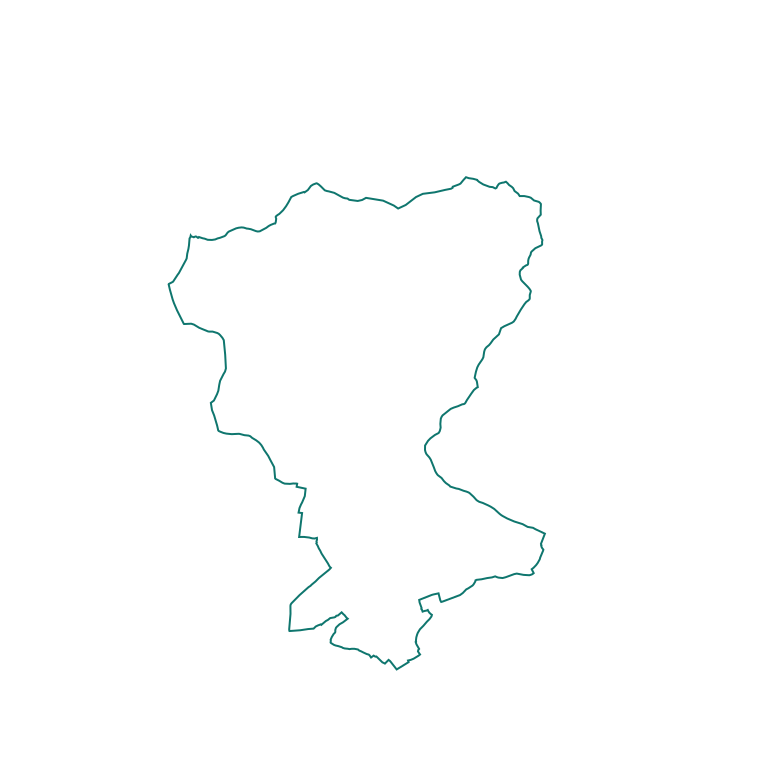 Camarasu, Cluj, Romania, rotated 317°
{"feature_id": "2599482B70650065954419", "entity_name": "Camarasu", "entity_type": "district", "adm_level": 2, "iso_a3": "ROU", "parent_name": "Romania", "parent_adm1": "Cluj", "projection": "mercator", "projection_center": [24.122, 46.788], "detail": "fine", "context": "isolated", "style": "outline", "palette": "teal", "viewbox_px": 768, "rotation_deg": 317, "n_neighbors": 0, "source": "geoboundaries", "source_scale": "gbopen_adm2", "svg_char_len": 6166}
<svg xmlns="http://www.w3.org/2000/svg" viewBox="0 0 768 768"><g transform="rotate(317 384 384)"><path d="M591.3,298.2L589.2,294.8L586.4,291.3L585.0,288.7L581.1,289.0L576.6,289.6L574.8,289.1L568.8,286.6L568.0,287.3L566.2,286.9L561.2,283.8L551.8,278.4L542.1,271.4L534.9,269.1L522.0,267.9L514.0,265.3L512.9,260.2L508.4,249.3L497.8,235.6L493.5,234.5L489.6,232.2L484.2,225.6L483.8,223.5L482.2,221.6L481.1,219.7L478.0,210.3L475.0,205.5L473.9,204.0L472.8,202.0L472.6,196.4L472.3,193.4L471.7,191.4L471.4,191.1L468.3,189.8L465.6,189.3L460.6,190.2L456.6,189.7L456.5,189.0L451.1,186.4L445.7,184.5L443.7,184.0L437.9,186.0L433.6,187.2L428.7,188.1L423.4,188.2L421.3,187.8L419.3,187.7L418.8,187.9L418.5,188.3L417.9,189.6L415.2,191.8L413.9,192.4L413.0,191.7L409.7,190.4L407.3,189.8L404.4,189.5L397.3,187.6L395.7,186.4L394.7,185.0L392.2,180.0L390.3,177.4L389.8,177.0L388.1,174.0L386.7,172.4L384.3,170.6L382.0,169.3L374.5,166.7L372.9,166.6L369.7,167.2L368.3,167.1L363.9,165.3L361.5,164.0L359.2,163.2L356.4,161.3L353.4,158.3L351.9,155.3L350.8,153.8L348.9,150.3L348.0,150.5L347.6,150.2L347.3,148.3L346.8,147.6L345.9,147.2L345.0,147.0L344.7,146.3L343.7,144.8L343.9,143.6L342.4,144.6L341.1,144.9L335.8,149.7L333.1,151.8L329.0,154.5L325.3,157.6L323.8,158.2L309.6,163.0L307.8,163.3L299.6,165.3L298.9,165.2L294.9,164.1L294.5,164.2L291.8,168.9L287.1,178.0L285.5,181.7L282.9,188.9L278.6,203.5L278.7,203.8L284.1,208.4L285.5,210.9L287.2,216.9L291.2,225.6L292.1,226.7L294.4,228.8L296.9,233.1L297.4,234.7L297.5,236.5L297.3,240.1L296.7,242.7L287.8,254.3L279.0,264.8L276.2,266.5L273.4,267.3L266.3,269.9L263.0,272.2L258.3,275.9L254.9,277.6L248.3,280.1L244.5,279.7L240.4,285.8L238.3,291.2L233.6,300.6L231.1,304.9L231.1,305.7L231.8,307.4L233.2,310.3L234.9,312.8L238.4,316.8L243.5,321.1L244.3,321.9L247.0,326.2L249.8,329.4L250.6,331.1L250.8,333.4L252.1,338.0L252.7,341.6L252.7,342.9L252.6,345.1L252.0,348.1L251.4,350.0L250.3,357.6L249.0,362.2L247.0,369.8L240.0,378.8L240.0,379.5L241.4,383.4L242.4,387.0L243.4,389.1L247.1,392.9L249.7,394.8L252.0,397.0L252.5,397.7L250.0,399.6L255.3,407.1L249.6,412.0L243.3,414.8L241.2,415.5L237.6,417.1L233.8,419.8L236.1,422.5L217.6,438.0L221.3,441.4L224.6,445.3L226.3,448.0L227.9,449.7L230.0,450.8L228.8,452.2L227.2,453.1L226.7,454.1L225.8,454.4L225.1,457.3L224.2,459.8L223.7,462.3L222.7,465.4L220.6,477.1L219.9,479.6L219.7,480.8L219.8,482.2L217.5,482.4L204.1,481.5L199.2,481.7L194.1,481.4L192.6,481.5L190.4,481.1L178.1,480.8L166.8,481.3L165.5,481.6L164.8,482.0L164.1,482.6L158.8,488.4L147.4,498.7L146.4,500.0L146.5,500.3L154.7,506.9L161.4,511.5L165.7,514.9L168.7,514.8L171.0,515.5L173.9,516.7L173.9,517.4L179.9,517.7L182.1,518.3L185.0,518.5L188.5,520.8L189.6,521.2L191.1,521.0L192.4,521.9L197.3,522.1L197.3,524.9L197.5,526.0L197.2,529.5L197.4,530.9L191.4,530.3L187.6,529.4L183.6,529.4L182.5,529.6L180.6,530.7L179.3,532.1L178.7,532.4L176.6,532.5L173.1,533.5L170.5,534.7L170.2,535.3L168.6,536.7L168.6,537.3L169.5,540.7L170.3,542.3L171.8,544.5L173.6,547.7L173.9,548.9L174.9,550.6L177.0,553.0L177.9,554.3L180.0,555.8L181.7,557.4L183.9,560.4L184.1,562.1L185.0,564.0L185.7,566.0L187.2,569.7L188.3,571.5L188.4,572.7L188.0,575.2L191.2,575.6L191.7,577.5L192.6,578.1L193.0,586.5L193.6,587.9L194.0,589.1L199.2,588.9L199.5,590.9L198.6,601.4L212.3,604.2L213.0,602.6L215.4,604.0L218.3,605.1L224.2,606.3L225.9,606.4L226.2,604.1L226.5,602.7L227.7,601.9L229.0,601.7L230.2,596.5L231.2,594.3L231.7,594.4L232.4,593.4L234.9,591.3L237.4,589.8L239.1,589.0L243.0,587.9L247.9,587.7L253.3,587.1L256.8,587.0L260.1,586.4L261.6,585.5L261.3,584.0L261.2,582.0L261.5,580.3L261.9,579.1L260.5,578.7L259.0,577.7L257.0,576.8L257.8,575.0L257.8,574.1L258.1,573.7L258.7,573.5L261.0,568.1L262.5,565.9L275.0,570.8L276.4,571.5L281.1,574.3L277.6,580.7L277.2,582.4L278.5,583.1L295.7,590.2L299.1,590.6L304.1,590.3L306.2,590.9L311.4,591.8L313.0,591.6L316.1,590.7L317.0,590.0L318.2,590.4L322.1,593.3L327.1,596.3L331.1,599.1L334.1,600.5L335.1,602.7L335.8,603.8L338.4,606.8L341.2,608.3L349.5,611.8L351.8,613.2L355.9,618.8L359.9,623.0L361.3,623.7L362.9,624.3L364.5,624.4L365.6,620.5L365.7,620.2L368.0,620.4L371.7,620.2L374.4,619.7L378.4,618.4L379.8,617.5L386.7,614.4L387.6,613.8L387.7,612.2L388.0,610.9L388.8,609.3L389.2,609.3L389.7,608.0L399.6,603.2L395.7,593.4L394.9,590.8L391.6,586.5L389.8,581.0L385.5,573.4L382.4,566.4L380.7,561.3L380.3,559.7L380.0,557.8L379.4,550.5L378.4,546.6L377.4,543.8L375.1,538.3L373.3,535.1L372.7,533.0L372.5,531.9L372.6,527.4L372.2,522.2L371.9,521.0L370.9,518.9L369.4,516.4L367.1,511.7L365.6,509.7L362.5,504.2L362.6,502.9L361.7,498.6L361.6,495.9L362.0,492.0L361.2,487.4L361.3,486.1L361.6,484.4L362.1,482.5L363.6,479.0L366.6,471.2L367.1,468.6L367.2,464.6L367.4,463.6L368.0,462.0L369.0,460.2L372.1,457.0L377.4,455.6L380.8,455.4L386.5,456.0L390.5,457.1L392.4,456.6L394.4,455.4L395.7,454.5L398.0,451.6L401.9,448.1L404.0,447.2L405.5,446.9L415.8,447.7L418.9,448.8L423.0,450.7L427.3,452.2L428.8,453.2L429.7,453.4L430.6,453.3L433.7,452.3L441.1,450.6L445.6,449.7L449.2,449.9L450.4,450.3L453.5,445.7L454.1,444.4L454.5,441.3L459.5,437.8L463.5,435.5L466.5,434.4L472.8,433.0L474.9,432.2L479.3,428.7L481.4,427.5L482.7,427.2L484.0,427.0L487.4,427.2L489.8,426.9L494.2,426.0L501.9,426.1L507.7,423.0L511.4,423.8L519.4,426.5L521.5,426.8L524.7,426.1L527.1,425.2L534.8,422.9L541.1,421.4L544.0,421.0L546.2,421.3L548.1,421.3L549.0,420.8L551.3,418.3L554.4,416.5L554.9,415.8L555.3,413.5L555.4,411.0L555.2,403.1L555.4,401.1L557.8,396.6L559.8,394.6L561.3,393.9L564.8,393.9L565.0,393.5L568.7,394.1L570.1,394.7L570.7,394.7L571.6,394.2L573.5,392.2L575.2,391.0L576.5,390.4L579.4,389.4L581.0,388.2L582.1,387.8L587.3,387.9L593.3,389.8L594.3,389.9L594.9,389.7L596.8,387.6L598.0,386.8L598.2,386.4L598.7,384.5L599.8,383.0L601.9,378.4L606.1,371.5L607.1,369.3L608.4,368.0L609.3,367.5L614.1,367.1L616.9,363.9L621.2,359.7L621.6,359.1L621.6,357.2L621.4,356.3L618.9,352.1L618.4,347.9L617.5,346.1L614.9,342.4L611.4,339.1L611.9,336.2L611.1,332.0L612.0,328.9L611.9,326.9L611.2,323.8L611.3,321.3L611.1,319.2L609.1,318.4L607.7,317.4L605.1,316.1L603.9,316.1L601.8,316.6L600.0,317.3L598.9,317.0L598.5,316.2L597.8,314.2L595.7,311.8L592.7,305.8L591.4,301.1L591.1,298.4L591.3,298.2Z" fill="none" stroke="#0f766e" stroke-width="2"/></g></svg>